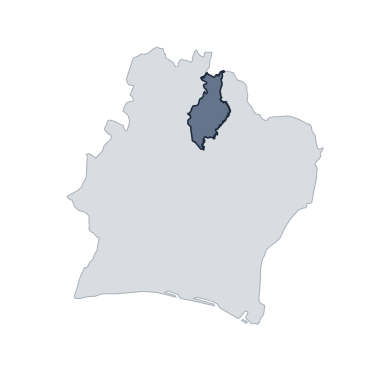 Poro, Savanes, Ivory Coast (highlighted), rotated 19°
{"feature_id": "98640826B2900878653745", "entity_name": "Poro", "entity_type": "district", "adm_level": 2, "iso_a3": "CIV", "parent_name": "Ivory Coast", "parent_adm1": "Savanes", "projection": "robinson", "projection_center": [-5.804, 9.476], "detail": "fine", "context": "in_parent", "style": "filled", "palette": "slate", "viewbox_px": 384, "rotation_deg": 19, "n_neighbors": 0, "source": "geoboundaries", "source_scale": "gbopen_adm2", "svg_char_len": 9066}
<svg xmlns="http://www.w3.org/2000/svg" viewBox="0 0 384 384"><g transform="rotate(19 192 192)"><path d="M99.0,77.9L100.1,77.9L103.0,76.9L105.7,74.7L108.2,70.1L111.6,66.4L115.4,66.7L116.5,66.0L117.8,65.9L119.4,68.3L121.0,70.1L122.1,70.2L122.9,73.7L129.9,75.2L132.8,76.1L135.3,78.7L136.2,78.7L137.2,78.2L138.0,77.3L138.2,76.3L137.1,74.0L137.6,71.9L138.7,70.1L140.5,70.0L143.2,69.5L146.3,69.4L148.5,69.8L149.5,67.9L148.6,62.7L148.8,59.8L149.2,57.4L150.0,56.4L153.5,59.5L156.6,60.6L158.8,60.7L159.5,60.1L158.5,56.8L158.8,55.8L159.6,55.2L161.1,54.9L165.1,53.5L165.5,53.8L166.2,59.0L165.9,60.7L166.7,64.3L167.7,67.6L167.7,68.9L166.8,71.0L165.8,72.8L165.9,73.6L167.5,74.9L170.6,76.2L173.7,76.5L175.5,74.6L177.3,73.0L178.6,71.6L179.0,69.5L181.0,68.0L186.7,66.1L192.0,65.8L193.2,66.5L195.6,69.3L198.6,71.3L203.2,71.1L206.5,72.2L209.4,74.5L211.4,79.4L213.5,82.9L214.4,88.0L217.7,90.7L220.3,91.9L223.9,95.6L227.6,97.4L231.4,97.0L233.1,98.9L236.0,100.3L238.8,100.4L241.3,96.1L244.6,94.5L252.9,91.1L256.2,89.5L259.5,88.6L267.5,88.3L274.9,89.3L278.6,90.1L281.2,89.5L283.6,91.5L286.0,95.7L288.1,97.1L290.2,98.6L291.7,101.9L293.5,105.2L294.5,106.7L296.7,109.9L298.7,110.0L300.5,108.6L301.4,107.5L301.7,109.7L301.0,113.2L301.1,115.3L302.2,116.2L301.6,118.9L299.4,123.7L299.4,126.5L301.6,127.3L303.2,130.3L304.1,135.4L305.1,137.1L305.2,138.2L306.7,150.5L308.7,162.8L307.5,164.4L305.8,164.9L304.7,165.5L304.4,166.6L305.1,168.3L304.6,169.9L302.5,170.9L297.9,174.9L297.6,176.4L296.3,179.8L295.3,181.8L293.8,185.6L291.4,195.6L290.6,203.9L290.4,206.5L289.5,208.3L288.4,210.8L283.4,217.9L280.9,223.8L281.2,226.3L281.3,228.8L280.6,230.6L280.7,235.6L281.4,239.7L282.3,243.7L285.9,255.1L287.8,262.0L289.0,267.6L290.1,271.4L291.0,272.9L291.4,274.4L296.8,275.4L297.9,276.2L299.4,283.5L299.1,286.8L298.1,288.0L298.1,290.8L297.9,294.3L297.1,295.7L294.1,295.8L292.0,297.1L289.3,296.6L289.0,295.8L287.6,295.5L283.6,293.5L284.2,287.2L282.3,286.9L280.9,287.7L278.1,295.3L276.7,296.6L256.6,292.7L252.3,289.6L247.1,288.8L238.0,289.2L230.5,290.1L228.3,292.1L247.3,290.9L249.3,291.2L250.3,292.3L226.3,294.8L217.2,296.3L214.5,295.9L212.4,293.5L202.5,293.2L200.5,294.0L199.3,295.8L203.2,295.4L209.3,295.3L211.0,296.6L191.7,298.4L178.3,301.8L172.6,304.4L154.0,312.7L142.6,316.6L139.6,318.0L134.4,322.1L127.8,324.7L120.3,329.4L115.8,330.5L114.7,329.0L114.6,320.9L114.0,310.1L114.2,305.9L114.8,302.0L114.9,298.8L117.1,297.6L117.7,296.2L118.1,292.0L120.2,288.2L120.2,281.5L120.9,280.1L121.3,278.4L120.4,274.0L119.3,265.7L118.7,265.2L118.2,265.6L117.0,265.7L112.3,262.9L108.7,262.4L106.2,259.9L106.0,257.1L104.8,255.5L103.9,252.3L102.7,248.6L99.1,246.4L95.7,245.9L93.4,246.3L90.6,246.2L87.4,245.0L85.2,243.6L83.1,240.9L81.2,238.7L79.6,239.0L77.7,238.5L75.9,237.5L75.3,236.8L83.0,228.2L85.7,224.0L86.0,221.4L86.0,218.8L86.8,216.2L87.1,212.2L82.8,197.5L81.7,192.9L80.6,191.6L79.8,191.1L82.0,189.2L85.0,189.7L89.6,191.2L90.6,189.7L94.0,182.3L94.0,179.6L93.6,177.7L95.7,172.6L97.3,170.6L98.1,168.5L97.8,165.6L96.6,164.5L95.0,164.7L93.1,164.0L90.2,162.4L88.7,160.9L89.2,154.2L89.4,152.1L90.5,150.9L92.1,150.6L96.6,150.4L100.3,151.1L103.5,151.6L105.3,151.6L106.6,153.6L108.5,155.6L110.1,155.6L110.7,154.1L110.3,147.5L109.2,144.0L106.8,140.6L100.4,137.7L100.2,133.7L100.9,129.3L102.3,127.7L107.0,124.9L106.2,123.4L104.7,121.8L101.7,120.2L102.4,115.0L102.5,110.4L100.0,110.9L97.4,111.2L95.2,109.7L93.3,106.9L93.0,99.1L93.0,90.1L92.7,86.1L93.4,84.0L95.6,82.1L98.1,79.5L99.0,77.9ZM286.7,296.7L285.7,298.5L280.6,297.3L281.8,295.9L286.7,296.7Z" fill="#d9dde1" stroke="#a8b0b8" stroke-width="1"/><path d="M162.7,119.3L163.1,119.8L163.3,119.9L163.7,119.7L164.4,120.1L164.4,119.9L164.7,119.9L164.8,119.8L165.1,119.8L165.4,120.4L166.2,121.3L166.5,121.7L166.5,122.2L166.2,123.0L165.1,124.7L164.8,125.7L165.5,127.2L165.7,128.7L169.9,131.0L170.1,132.3L174.9,141.7L175.2,142.5L175.8,143.4L176.1,143.6L177.5,143.7L178.3,144.1L178.7,143.8L186.2,148.5L188.8,148.2L188.5,148.0L188.4,147.9L188.6,147.6L188.9,147.5L188.4,147.1L188.7,147.0L188.4,146.4L188.5,146.0L189.0,146.3L189.1,146.1L188.9,145.7L188.9,145.4L188.3,145.2L188.1,145.3L187.8,145.0L187.4,145.4L187.3,145.8L187.1,145.9L186.7,145.2L186.2,144.7L186.4,144.5L186.4,144.4L186.1,143.9L186.0,143.4L186.8,143.4L186.8,143.0L186.7,142.6L187.0,142.5L186.9,141.9L187.1,141.8L187.1,141.5L187.2,141.3L187.2,141.1L186.8,140.8L186.3,140.8L186.2,140.4L186.8,140.2L187.5,140.2L187.2,139.7L186.5,139.4L186.7,139.0L187.0,138.8L186.9,138.7L186.6,138.6L186.1,138.2L185.9,138.6L185.5,138.5L185.4,138.4L185.5,138.1L185.8,137.3L185.8,136.8L186.1,136.4L186.3,136.3L186.3,135.7L186.4,135.3L186.5,135.2L187.1,135.3L187.3,135.6L188.0,135.6L188.4,135.7L188.5,135.9L190.3,135.3L190.5,135.0L190.7,134.3L191.0,134.1L191.4,134.1L191.7,134.3L192.0,134.1L192.4,134.2L193.5,133.9L194.1,134.1L194.6,134.1L195.1,134.7L196.1,134.0L196.1,133.8L195.7,133.4L194.9,133.2L194.4,132.5L194.4,132.3L194.7,132.3L195.3,132.8L195.6,132.9L195.8,131.9L195.6,131.7L195.1,131.6L194.9,131.4L195.1,130.9L195.2,130.1L195.2,129.7L195.4,129.7L195.9,130.3L196.3,129.8L196.3,129.5L195.9,129.1L195.6,129.2L195.6,128.9L196.0,128.7L196.5,128.8L197.3,129.3L197.3,129.2L197.3,128.8L196.6,127.5L195.9,127.0L194.6,126.6L194.2,126.1L194.0,125.6L194.4,125.2L194.4,124.5L194.6,124.5L195.2,124.7L196.0,124.1L196.0,123.8L195.7,123.1L196.6,122.2L196.2,121.7L196.9,121.1L196.9,120.9L196.5,120.4L197.0,120.4L197.0,120.2L196.3,119.9L196.5,119.6L196.9,119.9L197.2,120.0L197.6,119.8L197.6,119.5L197.9,119.3L197.9,119.0L197.9,118.8L198.1,118.6L198.0,118.4L197.8,118.4L198.4,117.4L198.6,116.9L198.4,116.5L198.9,116.2L198.5,115.5L198.4,115.3L199.0,115.5L199.3,115.3L199.4,114.9L199.8,114.6L199.5,114.2L200.1,114.0L200.1,113.9L199.7,113.6L200.0,113.5L200.1,113.2L200.5,112.9L200.6,112.5L200.3,112.3L200.2,111.7L199.9,111.4L200.5,110.8L200.3,110.6L200.6,110.2L200.5,109.5L200.7,109.3L201.2,109.4L201.5,109.2L201.3,108.3L201.1,108.2L200.9,108.2L201.5,107.6L202.0,107.6L202.1,107.3L202.0,107.1L201.7,107.0L201.0,107.5L200.5,106.4L200.5,106.2L201.3,106.5L201.6,106.1L201.7,105.1L201.5,104.8L201.9,104.3L201.5,104.1L201.9,103.7L202.0,103.5L201.7,103.3L201.5,103.0L201.7,102.5L201.3,102.3L201.0,102.5L200.8,102.2L200.9,101.8L201.1,101.9L201.1,101.6L200.7,101.7L200.5,101.1L200.8,100.7L200.2,101.3L200.1,100.4L199.8,100.2L199.6,100.6L199.2,100.5L199.3,99.7L199.0,99.3L198.6,99.2L198.5,99.4L198.2,99.4L198.4,98.6L197.5,98.4L197.3,97.9L197.2,97.7L196.4,97.8L196.3,97.4L196.1,97.3L195.3,97.4L195.4,96.9L196.0,96.9L196.1,96.7L195.8,96.5L195.7,96.8L195.4,96.6L195.5,96.2L195.3,95.6L194.8,96.0L194.6,96.0L194.2,96.3L194.0,96.2L193.7,96.1L193.5,96.5L193.2,96.4L193.4,96.3L193.4,96.1L192.8,96.5L192.5,96.4L192.3,96.6L191.9,96.4L191.8,96.5L192.1,96.6L192.2,97.1L191.8,96.9L191.6,96.5L191.6,96.3L191.8,96.1L191.3,96.3L191.3,96.7L190.9,96.4L190.6,96.4L190.2,96.1L189.8,96.4L189.6,95.6L189.3,95.5L189.1,95.7L188.8,95.5L188.9,95.1L188.7,95.1L188.3,94.9L188.6,94.4L188.8,94.3L189.0,94.0L189.2,93.3L189.1,93.0L189.3,92.8L189.2,92.7L188.6,92.5L187.9,92.0L187.7,91.1L187.3,91.0L187.0,90.7L187.0,90.4L187.3,89.9L187.2,89.5L186.5,89.2L186.1,88.7L186.0,88.2L185.9,88.1L186.0,88.0L185.9,87.7L185.9,86.9L185.7,86.6L185.6,86.1L185.3,85.0L185.6,84.2L185.5,83.9L185.5,83.6L185.3,83.4L185.2,82.6L185.6,82.1L185.7,81.7L185.5,81.1L185.2,80.8L185.0,80.3L185.2,79.6L185.0,79.2L184.2,78.4L183.9,77.8L183.6,77.5L183.3,76.5L182.7,75.9L183.4,74.9L183.4,74.2L183.0,73.8L183.2,72.6L183.1,72.2L182.4,71.5L182.4,71.0L182.2,70.7L182.2,70.3L181.7,69.6L181.8,69.3L181.6,69.2L181.8,68.9L182.3,68.8L183.2,68.4L183.4,67.8L183.4,67.4L182.6,67.1L182.4,67.0L181.9,67.3L181.8,67.9L181.6,68.1L180.7,68.7L180.3,68.5L180.1,68.8L179.8,70.5L179.9,71.2L179.2,72.0L179.6,72.7L179.4,73.5L178.8,73.7L178.0,73.0L177.7,73.0L176.7,73.3L176.9,74.2L176.4,75.0L175.8,75.8L175.6,76.3L175.3,76.5L174.5,76.3L173.4,76.2L172.9,76.0L172.3,75.6L171.9,75.7L170.1,75.6L169.8,75.8L169.4,75.5L168.2,75.0L167.7,74.7L167.5,74.4L167.3,74.8L167.3,75.2L167.2,75.2L166.9,74.9L166.6,75.1L166.4,75.9L167.1,76.4L166.9,76.7L167.0,76.9L166.8,77.1L166.1,77.6L165.8,78.1L165.8,78.3L166.0,78.5L166.3,78.4L166.4,78.5L166.4,79.7L166.3,79.9L166.1,80.0L165.8,79.8L165.9,79.4L165.8,78.9L165.5,78.7L165.4,78.9L164.9,79.3L164.8,79.7L164.4,79.8L164.5,80.0L164.9,79.8L165.2,79.8L165.0,80.5L164.9,81.4L164.7,81.4L164.2,81.1L163.9,80.5L164.0,80.2L163.9,80.2L163.8,80.8L163.6,81.0L163.3,80.9L163.2,81.1L163.2,81.3L163.7,81.2L163.9,81.3L164.3,82.1L164.6,82.3L164.5,82.5L164.8,82.7L166.5,83.1L169.3,83.4L170.3,83.9L170.4,84.2L170.4,85.0L169.7,85.7L168.6,86.1L168.4,86.3L168.2,87.2L168.4,88.1L169.1,88.8L169.4,89.0L170.0,89.7L171.6,90.2L172.1,90.8L172.9,91.1L173.6,92.3L174.1,92.5L174.2,93.0L173.8,93.8L173.2,94.5L172.3,94.1L171.4,92.9L171.1,93.5L170.9,94.7L170.9,95.9L171.5,97.8L171.1,98.7L170.8,100.2L170.3,100.2L169.1,101.5L169.1,102.3L169.2,103.6L169.1,104.9L169.3,105.5L169.3,106.0L169.5,106.3L169.3,107.2L168.6,108.6L166.2,109.6L164.9,110.6L164.8,111.3L164.8,112.3L164.5,113.0L164.8,113.8L164.4,114.2L164.8,114.9L164.8,115.6L164.4,116.8L163.9,117.6L163.8,118.3L163.3,118.8L163.1,119.3L162.7,119.3Z" fill="#64748b" stroke="#1e293b" stroke-width="1.5"/></g></svg>